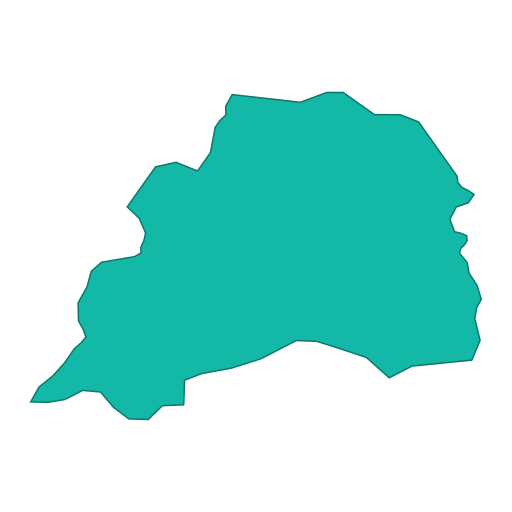 the border of Mubende
{"feature_id": "UGA-3093", "entity_name": "Mubende", "entity_type": "District", "adm_level": 1, "iso_a3": "UGA", "parent_name": "Uganda", "parent_adm1": "", "projection": "orthographic", "projection_center": [31.514, 0.518], "detail": "fine", "context": "isolated", "style": "filled", "palette": "teal", "viewbox_px": 512, "rotation_deg": 0, "n_neighbors": 0, "source": "natural_earth", "source_scale": "10m", "svg_char_len": 1050}
<svg xmlns="http://www.w3.org/2000/svg" viewBox="0 0 512 512"><path d="M197.5,171.0L210.4,152.7L215.2,127.4L219.9,120.5L225.9,115.0L225.7,106.2L232.2,94.6L300.2,102.3L326.6,92.5L343.2,92.5L374.4,114.6L400.1,114.7L418.6,121.9L457.0,176.1L457.9,182.6L462.1,187.5L468.5,190.7L474.0,194.6L468.3,202.8L456.4,206.9L449.9,219.1L454.5,231.7L460.9,233.2L466.6,235.7L467.2,240.6L464.4,244.8L460.7,248.4L459.6,253.2L467.2,262.6L469.1,273.1L477.1,285.5L481.3,299.2L476.6,307.9L474.8,318.6L480.1,340.4L471.8,360.1L412.0,366.1L389.2,377.8L366.3,357.4L334.2,346.8L316.9,341.4L296.4,340.5L260.8,358.8L231.4,368.1L202.0,373.5L184.6,380.2L183.7,404.8L162.4,405.7L148.2,419.5L128.8,418.9L113.5,407.3L100.5,392.0L82.7,390.4L64.8,399.5L48.1,402.3L30.7,401.9L39.0,387.0L52.4,376.3L64.4,363.1L74.4,348.6L80.9,343.0L85.9,337.1L83.0,329.0L78.5,320.9L78.1,302.8L87.1,286.7L91.2,271.3L101.6,262.2L134.6,256.6L141.1,253.0L140.8,247.3L144.0,240.3L145.6,233.0L139.2,218.3L127.2,206.8L155.6,166.8L176.1,162.3L197.5,171.0Z" fill="#14b8a6" stroke="#0f766e" stroke-width="1.5"/></svg>